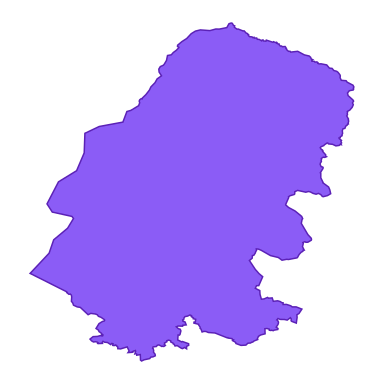 Nenagh Lea-5, North Tipperary, Ireland (Natural Earth projection)
{"feature_id": "5873133B70886709487680", "entity_name": "Nenagh Lea-5", "entity_type": "district", "adm_level": 2, "iso_a3": "IRL", "parent_name": "Ireland", "parent_adm1": "North Tipperary", "projection": "natural_earth1", "projection_center": [-8.077, 52.997], "detail": "fine", "context": "isolated", "style": "filled", "palette": "violet", "viewbox_px": 384, "rotation_deg": 0, "n_neighbors": 0, "source": "geoboundaries", "source_scale": "gbopen_adm2", "svg_char_len": 5970}
<svg xmlns="http://www.w3.org/2000/svg" viewBox="0 0 384 384"><path d="M291.8,321.4L296.3,323.1L297.1,317.4L296.9,314.8L299.0,313.5L301.9,309.1L296.2,306.9L292.2,306.9L290.8,305.8L286.5,304.4L283.1,304.5L283.1,302.8L282.0,302.7L280.1,301.5L277.7,300.8L273.3,301.3L272.2,297.9L268.4,298.2L267.6,297.4L264.1,298.9L261.4,299.2L260.0,294.3L259.8,290.6L255.3,288.3L256.5,285.7L258.8,285.6L262.7,276.7L259.0,273.6L255.3,269.4L249.4,260.5L252.2,258.2L252.4,255.6L253.9,255.2L255.3,253.0L255.7,251.6L256.5,250.5L256.3,248.9L256.5,248.9L258.7,249.2L261.4,250.4L270.5,255.6L278.3,257.5L282.0,260.2L286.7,259.3L288.5,259.5L296.8,257.9L297.4,257.6L299.1,254.5L301.1,252.3L302.9,251.3L303.2,250.1L304.2,250.1L302.5,246.7L303.3,243.5L302.9,242.5L304.9,241.7L305.9,242.3L307.9,242.2L311.2,240.3L311.5,239.7L311.3,238.3L307.9,234.6L301.3,223.4L302.1,219.4L302.7,218.7L301.7,216.4L295.1,211.0L288.6,207.5L285.7,204.9L285.9,204.0L288.7,197.6L288.5,196.8L289.9,195.8L294.2,194.5L294.7,194.0L294.8,191.7L297.6,190.4L305.8,192.2L308.4,191.5L310.3,191.9L313.1,193.4L316.1,194.2L318.4,193.4L320.7,194.5L322.3,196.4L323.2,196.7L327.5,195.6L330.7,193.7L329.8,189.8L328.6,187.0L322.9,182.8L323.1,182.5L320.8,177.8L320.8,173.2L320.3,172.8L323.0,168.5L323.1,167.5L322.7,167.0L321.2,166.7L320.1,164.3L320.4,163.0L321.4,161.6L321.1,160.8L321.5,159.6L321.3,158.5L323.2,157.2L324.8,157.4L326.5,156.7L325.6,156.1L325.7,154.8L322.7,151.5L323.0,151.0L322.5,150.7L322.4,149.9L321.4,149.5L320.2,147.7L321.1,146.7L323.8,145.6L324.4,144.8L327.1,143.0L327.8,143.0L328.4,143.9L332.5,144.3L335.9,145.9L339.2,145.4L340.0,144.5L341.3,144.7L340.8,143.6L341.6,142.9L340.9,141.2L341.5,140.4L339.3,138.7L339.0,138.0L340.3,137.6L340.3,136.8L342.1,135.7L341.9,135.1L342.6,133.4L342.3,130.7L343.0,128.8L344.9,128.4L345.7,126.2L347.3,125.0L347.5,124.2L348.4,124.0L348.2,123.0L348.7,121.0L348.2,119.8L348.5,119.1L346.7,115.9L347.5,114.7L347.2,113.8L347.5,112.7L347.3,111.5L349.8,110.1L352.2,107.3L353.3,104.7L352.5,102.9L353.6,101.1L352.9,99.9L348.1,95.6L347.5,93.0L349.4,90.7L353.2,90.0L353.7,89.0L353.3,88.3L353.9,87.0L353.0,85.2L347.2,82.2L346.1,80.7L341.3,80.3L340.1,77.7L340.3,75.9L340.0,74.9L338.0,72.3L336.7,71.3L333.8,70.5L332.1,68.4L329.4,68.1L326.7,64.9L321.1,63.8L319.2,63.9L317.8,63.4L318.0,62.7L316.9,61.9L315.0,62.1L314.2,61.3L311.9,61.2L311.8,60.0L312.6,59.6L311.3,59.0L310.6,57.3L309.2,56.0L304.4,54.9L297.7,51.3L290.7,52.1L290.1,51.3L288.5,51.3L286.6,49.6L286.6,48.9L285.9,48.4L286.0,47.7L285.1,46.5L282.3,46.7L281.6,46.0L280.4,46.1L279.3,44.9L279.1,44.0L278.2,44.1L277.3,43.0L276.7,43.2L276.5,42.3L275.6,42.6L273.5,41.7L273.0,42.3L266.3,40.1L265.9,41.2L263.4,40.9L263.0,39.9L261.9,40.2L261.6,40.8L259.2,39.4L257.3,39.3L256.7,38.0L254.3,38.1L254.1,37.3L252.7,37.6L252.1,36.9L249.5,36.6L248.4,35.5L248.6,34.7L247.8,34.4L247.6,33.6L246.2,33.1L244.2,30.9L242.9,30.9L238.1,29.0L237.1,29.2L234.4,27.3L234.7,25.8L233.5,25.4L232.3,23.3L231.2,23.0L229.0,23.7L226.8,27.6L219.2,29.1L215.8,29.0L209.9,30.6L200.3,29.9L195.4,31.1L191.2,33.7L186.7,38.5L181.9,41.6L177.6,45.2L177.5,46.5L178.7,47.1L178.9,47.6L176.3,50.3L173.3,52.5L171.3,54.8L167.5,55.5L166.5,60.4L164.3,64.1L163.4,65.2L160.3,66.6L158.8,69.1L159.1,72.1L161.5,75.8L157.1,78.9L155.0,82.7L150.9,86.9L149.4,90.1L145.9,94.6L142.7,97.7L142.1,98.9L141.3,98.6L139.7,99.8L139.2,101.1L139.7,102.8L138.6,105.7L130.8,110.4L126.9,111.5L122.9,122.1L99.2,126.5L84.9,133.3L84.2,152.9L76.6,170.7L58.5,181.8L47.0,203.9L52.3,212.1L71.9,216.4L73.5,218.5L67.6,228.2L53.7,239.8L49.1,253.2L30.1,273.4L66.5,291.7L67.2,292.4L66.9,292.7L68.9,294.3L70.4,294.1L71.4,295.2L71.7,297.0L71.4,301.3L72.8,303.1L73.5,305.2L77.2,306.9L80.3,307.4L88.1,314.7L90.8,313.4L95.4,314.0L97.4,314.8L98.4,316.3L101.0,317.3L104.5,319.7L104.6,320.5L104.2,321.0L102.4,321.5L99.0,323.6L96.0,328.5L98.3,330.0L99.1,331.7L101.0,332.9L101.9,334.4L102.4,334.3L103.0,335.0L102.6,335.9L101.2,335.8L101.0,335.4L97.5,336.4L93.1,336.6L90.0,339.1L91.6,340.9L93.5,342.0L95.6,341.7L97.4,342.2L98.0,342.6L97.6,343.4L98.0,343.6L102.5,343.4L102.2,342.4L103.0,341.3L104.5,342.2L107.5,342.5L110.7,344.6L111.8,343.4L112.2,343.5L113.0,343.7L112.7,345.3L113.0,345.5L115.0,345.5L115.3,345.0L116.7,345.5L116.9,346.4L117.8,347.0L117.8,348.7L120.6,348.9L127.2,346.9L129.1,351.0L128.0,352.6L132.3,352.3L132.8,352.1L132.5,351.6L132.9,351.4L135.4,350.5L135.6,351.4L134.9,353.8L135.4,353.6L136.6,354.0L136.7,355.2L140.3,354.6L140.5,360.1L141.6,361.0L144.1,359.8L149.7,358.6L150.9,357.1L152.9,356.9L155.3,355.8L155.1,354.2L153.5,352.2L153.7,350.7L153.2,348.7L152.6,348.3L153.1,346.9L156.4,346.5L157.3,345.3L158.9,344.9L161.9,346.5L162.7,346.2L163.8,346.5L165.3,345.5L164.4,344.7L164.8,344.4L164.5,343.0L166.9,341.7L166.8,340.7L168.6,340.1L170.7,340.8L170.8,342.0L173.0,343.1L173.3,344.0L174.1,344.2L175.0,346.0L177.2,345.6L181.4,348.3L182.6,348.6L184.5,347.5L186.6,348.8L186.5,346.4L188.7,345.3L188.6,343.7L182.4,341.5L181.7,341.9L177.7,339.9L178.1,335.0L179.5,335.1L180.0,334.5L180.9,330.9L180.2,329.2L178.4,328.7L176.3,326.8L178.2,326.0L182.6,326.2L182.7,325.3L186.2,324.9L185.1,322.0L182.9,321.2L182.7,319.9L183.7,319.6L184.1,317.7L185.0,316.6L187.6,316.1L189.9,315.0L191.2,315.5L191.7,316.0L191.3,316.6L193.4,317.9L193.2,318.7L195.7,319.3L195.3,321.9L194.0,322.1L193.9,323.1L198.6,324.3L198.5,324.7L200.2,327.3L200.1,328.4L201.0,329.1L202.1,332.0L203.9,331.4L206.0,331.5L208.3,332.5L215.0,333.0L227.4,337.9L227.9,337.6L228.4,338.1L232.0,338.6L232.5,339.6L233.1,339.7L232.7,340.0L233.1,340.4L232.7,340.7L234.8,341.8L235.9,342.9L235.9,343.5L241.0,345.4L245.9,345.1L247.9,343.2L250.7,343.0L251.4,342.3L252.7,342.1L254.2,340.9L257.6,339.6L257.2,339.2L258.4,336.4L260.6,335.0L265.1,333.8L264.9,328.7L267.0,328.5L269.3,329.2L269.3,330.2L270.9,330.5L271.7,330.2L273.2,330.7L273.9,330.2L277.8,329.5L278.0,328.5L276.2,327.2L278.0,324.5L278.4,323.1L278.5,322.1L277.5,320.2L276.8,319.9L278.0,318.5L280.1,319.4L284.6,319.5L287.2,320.1L290.4,317.7L291.2,318.9L291.1,320.8L291.8,321.4Z" fill="#8b5cf6" stroke="#5b21b6" stroke-width="1.5"/></svg>